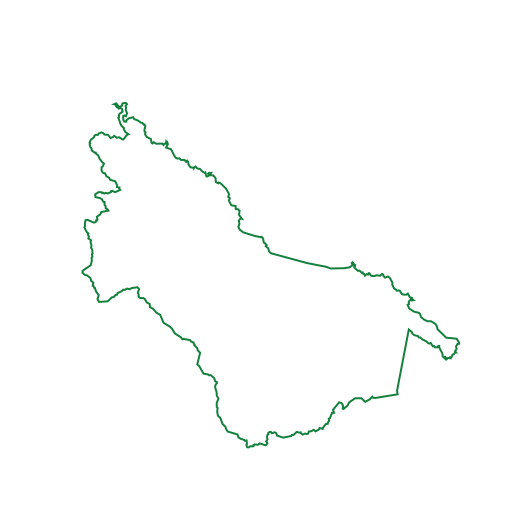 outline of Acandí, Chocó, Colombia, rotated 344°
{"feature_id": "7082276B91740979880715", "entity_name": "Acandí", "entity_type": "district", "adm_level": 2, "iso_a3": "COL", "parent_name": "Colombia", "parent_adm1": "Chocó", "projection": "mercator", "projection_center": [-77.318, 8.474], "detail": "fine", "context": "isolated", "style": "outline", "palette": "green", "viewbox_px": 512, "rotation_deg": 344, "n_neighbors": 0, "source": "geoboundaries", "source_scale": "gbopen_adm2", "svg_char_len": 6073}
<svg xmlns="http://www.w3.org/2000/svg" viewBox="0 0 512 512"><g transform="rotate(344 256 256)"><path d="M423.4,398.0L425.6,396.0L427.0,396.3L427.4,395.3L426.1,390.8L416.4,387.0L410.3,376.4L410.5,373.4L409.8,370.8L406.3,367.0L402.7,365.9L400.2,363.6L397.8,360.2L397.8,357.2L397.0,355.6L392.5,353.0L388.8,348.7L388.3,344.7L389.8,344.3L390.3,342.0L392.7,340.5L393.5,341.7L395.3,341.9L394.1,340.1L394.4,339.3L392.5,338.1L391.6,334.0L389.9,334.6L386.9,333.7L385.6,332.6L384.6,328.8L381.6,328.0L381.6,327.1L379.8,325.4L379.1,320.9L379.8,319.5L378.7,314.2L377.2,312.1L374.1,312.4L373.1,310.7L373.2,308.9L372.2,308.0L370.0,309.2L366.3,307.7L364.4,307.9L361.8,307.1L360.9,306.2L360.2,303.7L359.4,303.6L358.6,304.7L357.0,303.9L355.3,304.9L354.9,303.0L353.6,302.0L354.0,301.3L352.8,300.8L351.4,298.5L349.9,298.4L347.4,294.4L347.3,293.6L348.5,293.0L348.8,291.9L347.9,291.0L347.1,288.6L346.1,289.2L346.4,291.5L342.7,292.7L337.3,292.0L324.1,288.5L320.8,285.9L303.2,276.9L271.0,257.4L269.9,255.4L269.8,251.8L268.1,249.3L269.2,248.5L268.5,247.7L268.6,246.6L267.2,245.3L267.6,241.2L266.8,239.2L266.1,239.4L260.7,236.6L250.2,229.7L247.6,226.1L247.1,223.0L248.9,220.6L249.3,217.2L251.4,215.7L252.7,216.4L251.0,211.8L252.7,207.9L251.5,206.0L249.5,205.4L250.1,202.2L246.6,200.7L246.0,199.6L245.2,195.3L246.8,193.2L245.6,191.4L247.2,189.2L245.8,183.1L242.5,177.1L241.0,175.4L240.4,175.1L239.7,175.7L237.8,173.9L238.6,169.9L237.1,166.8L235.0,166.0L234.7,164.6L235.7,163.7L233.5,163.2L232.7,163.5L232.9,165.7L231.2,166.2L230.3,165.7L230.3,162.1L229.9,162.4L227.3,159.3L226.2,157.0L223.5,155.5L222.5,153.3L221.1,153.6L220.3,154.6L220.2,154.0L217.5,152.7L216.3,149.4L216.8,147.1L216.1,145.4L214.8,146.3L213.8,144.0L210.4,143.0L209.4,141.2L206.4,140.2L205.2,137.6L203.8,130.0L199.4,127.0L202.1,124.2L202.0,120.8L201.1,122.7L201.0,121.7L200.3,123.0L198.8,122.9L197.7,123.8L196.8,122.1L191.1,120.6L188.9,118.4L187.5,119.3L186.8,118.5L187.2,114.6L183.8,111.4L182.9,108.4L183.9,106.6L183.2,105.7L183.6,103.7L185.4,100.9L185.1,98.9L184.3,98.8L183.4,96.7L182.0,96.0L179.6,93.0L176.7,90.9L176.1,88.7L171.8,88.6L168.9,89.8L168.3,91.1L166.5,90.5L166.0,88.3L166.8,84.9L168.1,84.6L169.5,85.8L171.4,83.1L171.1,79.5L172.1,77.4L171.9,75.9L173.9,74.5L173.0,72.9L169.7,72.5L168.4,74.7L165.7,75.0L164.8,73.5L163.8,73.9L164.4,72.3L163.8,70.8L161.4,71.0L163.3,72.2L162.8,73.6L163.7,74.2L164.7,76.5L166.4,76.2L167.7,77.8L167.5,80.5L164.0,81.7L162.9,83.0L162.8,84.6L161.8,85.0L162.2,92.1L162.8,94.2L164.3,96.5L163.9,97.8L164.6,100.8L167.0,103.8L165.4,104.0L160.7,107.4L159.8,107.2L157.3,104.2L154.9,104.0L152.8,101.4L151.1,102.3L148.7,102.5L147.1,98.7L144.0,97.6L143.0,95.7L141.5,94.6L138.6,94.9L137.4,96.0L135.3,95.4L134.0,95.9L132.7,97.4L129.6,98.6L128.1,99.9L127.3,101.2L127.7,102.0L126.9,102.6L126.8,105.4L127.6,107.3L127.1,109.2L129.4,112.2L130.4,112.4L130.6,114.0L132.0,115.6L132.4,119.2L133.8,122.9L135.3,125.3L133.3,127.7L132.0,128.2L131.1,131.1L131.4,132.6L131.9,133.9L133.7,135.0L134.2,138.2L136.4,140.3L136.8,142.5L141.3,145.4L142.0,149.6L141.4,151.5L143.6,152.5L143.1,153.5L143.7,155.0L139.1,155.7L137.6,155.5L136.0,153.8L134.5,153.8L134.3,154.5L130.9,155.1L129.1,153.9L127.4,154.1L126.3,153.0L125.5,153.2L125.3,152.3L122.6,151.2L118.5,152.3L117.9,155.0L122.3,157.6L123.6,159.0L124.0,161.6L125.4,162.4L124.5,164.9L125.2,166.4L124.7,168.7L126.2,170.3L126.6,171.7L119.3,171.1L117.9,173.0L113.9,174.4L113.6,177.4L113.2,178.0L112.3,177.6L111.2,179.2L109.3,179.2L103.9,174.7L102.0,174.6L100.3,178.0L99.9,180.3L98.9,181.3L100.0,186.6L101.1,188.1L100.3,189.0L100.7,191.4L99.7,193.0L101.8,195.4L100.7,197.3L100.8,200.4L99.8,202.5L100.3,204.7L99.6,208.5L98.6,209.2L98.7,211.4L97.4,212.6L97.0,215.1L94.6,219.3L86.2,222.1L85.2,222.6L84.6,224.3L86.3,227.1L88.2,228.0L90.7,231.4L90.7,234.5L92.3,236.7L90.9,239.4L91.4,239.5L91.7,242.0L92.3,242.1L92.5,246.2L94.0,250.3L91.8,253.8L92.5,256.9L101.0,258.7L106.0,256.0L107.9,256.3L110.1,254.8L111.7,254.9L112.7,253.5L116.9,252.9L119.2,251.8L120.6,252.4L123.2,251.8L124.9,253.0L128.1,252.6L133.5,253.4L134.5,255.7L132.3,258.7L132.5,261.1L131.9,262.8L133.2,264.6L136.1,265.4L137.4,266.9L138.1,270.4L140.6,272.8L140.0,275.9L142.6,278.4L144.6,283.0L147.7,286.1L148.7,294.6L154.0,300.5L155.3,302.9L156.6,308.0L161.3,313.3L162.3,315.8L163.4,315.7L169.3,318.6L169.9,320.2L172.1,321.9L171.9,323.1L172.6,324.2L172.2,324.9L174.2,328.4L173.9,330.5L175.6,333.6L169.7,343.9L171.1,346.2L173.1,354.6L177.3,356.7L178.0,357.7L179.6,358.0L182.1,361.8L182.3,365.3L183.6,366.3L183.5,367.3L181.3,369.0L180.5,371.1L180.6,376.1L179.8,379.4L180.6,382.7L177.7,386.5L176.7,390.3L177.2,391.4L175.8,394.9L175.4,399.1L177.0,401.5L177.6,408.4L179.6,411.7L179.4,413.9L180.5,417.0L189.1,422.5L189.1,425.5L190.8,427.4L194.1,429.6L194.3,430.5L196.1,430.7L195.5,434.2L194.7,434.9L194.8,437.4L196.2,438.0L198.1,437.3L200.7,438.2L201.6,437.8L201.5,437.1L203.0,436.8L205.7,438.0L207.9,437.2L213.1,440.6L214.1,440.3L215.4,439.1L214.6,437.0L216.5,435.6L216.7,432.7L217.9,430.9L218.7,430.8L218.9,429.6L220.5,428.9L221.8,429.2L222.4,430.8L225.4,430.6L226.5,431.7L226.8,434.5L232.1,438.1L240.2,438.7L241.1,437.9L242.9,438.3L246.7,436.3L248.8,437.7L250.3,437.8L250.4,438.9L251.7,440.5L254.0,440.2L255.8,441.2L257.2,441.0L258.5,439.2L260.3,439.7L263.5,439.0L264.9,441.0L268.6,440.1L269.7,438.8L272.5,440.6L273.1,439.5L276.9,436.7L278.7,437.1L279.4,435.7L280.9,434.8L281.0,432.5L282.5,432.2L285.9,427.6L287.7,428.2L287.7,425.0L295.6,419.6L297.4,420.7L298.2,422.4L298.3,424.7L297.3,426.6L298.0,427.2L302.7,425.0L305.3,422.3L312.1,420.1L318.1,421.8L320.8,426.3L325.8,425.2L329.0,423.3L329.6,424.6L331.9,425.4L354.0,428.0L354.5,424.3L382.6,368.8L384.8,372.0L384.9,373.9L386.5,375.8L389.7,377.7L390.0,379.1L391.6,379.8L392.8,381.9L396.4,385.2L397.4,387.3L398.9,388.0L400.0,387.8L401.1,391.6L402.3,391.7L402.7,393.0L405.1,393.8L406.5,392.7L407.3,392.9L406.9,394.4L408.3,401.2L407.8,404.0L409.2,406.4L409.4,405.1L410.2,405.1L410.9,407.8L412.4,406.9L414.7,407.9L414.7,406.9L416.1,407.2L417.8,405.0L419.7,404.7L420.7,403.4L421.7,403.8L421.2,402.2L423.2,400.7L423.4,398.0Z" fill="none" stroke="#15803d" stroke-width="2"/></g></svg>